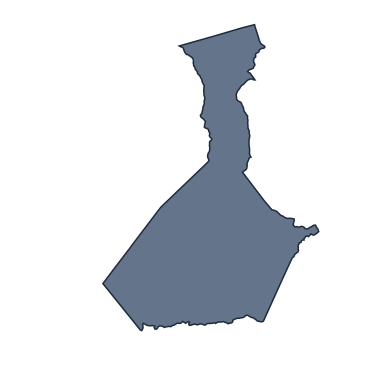 Colinas, Maranhão, Brazil (Albers equal-area conic projection), rotated 74°
{"feature_id": "56859067B48571840194208", "entity_name": "Colinas", "entity_type": "district", "adm_level": 2, "iso_a3": "BRA", "parent_name": "Brazil", "parent_adm1": "Maranhão", "projection": "albers", "projection_center": [-44.236, -6.084], "detail": "fine", "context": "isolated", "style": "filled", "palette": "slate", "viewbox_px": 384, "rotation_deg": 74, "n_neighbors": 0, "source": "geoboundaries", "source_scale": "gbopen_adm2", "svg_char_len": 4168}
<svg xmlns="http://www.w3.org/2000/svg" viewBox="0 0 384 384"><g transform="rotate(74 192 192)"><path d="M265.0,81.1L261.9,81.2L260.2,82.2L258.9,82.1L257.8,82.5L257.5,83.9L257.8,85.5L258.4,86.9L258.4,88.2L259.1,90.1L259.2,91.9L258.5,93.2L256.5,94.2L255.6,95.3L255.1,96.6L255.4,98.3L255.1,99.6L254.2,100.5L254.2,101.8L253.6,102.9L251.5,103.8L249.3,102.7L247.6,101.6L246.0,101.3L244.8,103.7L244.2,105.4L243.8,107.2L242.9,108.9L241.4,110.4L240.1,111.4L239.4,112.6L237.6,113.8L236.1,114.7L234.0,115.9L232.8,117.4L231.9,118.5L231.4,120.0L220.8,124.8L202.4,132.0L186.9,138.0L185.8,135.2L184.9,133.2L182.6,132.0L181.1,131.5L179.7,131.2L178.7,130.4L175.0,127.5L174.7,125.7L172.3,126.2L171.1,126.2L167.3,125.0L161.9,124.1L157.3,122.7L155.0,121.4L153.2,120.8L151.4,120.9L150.2,120.5L148.6,120.2L147.2,120.4L146.0,120.6L144.1,120.0L141.0,119.5L138.3,118.4L136.5,118.4L134.2,117.6L132.2,118.5L130.1,119.0L128.9,119.7L124.6,119.3L122.9,119.9L121.1,119.9L119.3,120.3L118.2,121.5L117.1,122.6L115.1,123.6L113.5,123.1L111.8,122.9L110.4,122.6L109.2,121.7L108.0,120.8L107.1,119.8L106.4,118.7L105.6,117.6L104.7,116.9L103.8,115.6L103.0,114.3L102.8,112.9L101.9,111.6L101.2,110.4L100.4,108.8L99.8,107.7L99.6,106.1L99.5,104.6L100.0,102.9L101.2,101.8L101.6,100.6L99.2,101.4L96.0,102.6L94.0,103.1L93.0,104.4L91.6,105.3L90.4,103.8L90.2,101.0L90.0,99.2L88.5,98.0L87.3,96.5L85.7,96.5L83.9,96.8L82.0,96.4L80.2,95.1L80.0,93.8L78.8,93.2L77.4,93.2L76.4,92.1L76.1,90.3L75.6,89.0L73.9,88.0L73.2,85.5L73.6,83.3L72.9,82.0L71.7,82.1L69.8,83.9L68.0,85.1L65.4,85.4L63.8,85.5L61.3,85.5L55.5,85.7L52.0,85.8L50.6,85.9L48.4,85.7L48.0,99.1L48.2,130.9L48.1,164.0L49.6,162.5L50.1,161.4L51.8,160.6L53.7,160.7L56.0,160.3L58.2,159.5L58.7,158.3L59.8,157.3L61.2,156.2L62.6,155.1L64.3,154.3L66.8,154.5L67.9,155.2L69.5,155.3L71.4,155.6L72.8,154.8L74.7,155.1L76.7,154.2L77.8,153.6L79.2,154.1L81.0,153.4L82.2,152.5L84.4,152.2L86.6,151.6L88.7,151.9L90.1,151.5L91.7,151.4L93.2,150.9L95.0,151.8L97.0,152.5L98.4,153.0L100.4,153.2L102.0,153.8L103.4,153.7L106.0,153.9L107.7,155.2L109.7,155.7L111.4,156.3L112.2,157.2L113.7,158.2L115.7,158.8L116.6,159.6L118.0,160.2L119.4,161.3L120.5,162.8L122.4,162.8L124.1,161.6L125.2,160.7L126.3,160.4L127.8,159.6L129.8,160.7L131.8,161.7L133.1,162.3L134.2,161.5L135.2,160.0L136.3,159.0L137.7,159.2L139.5,158.9L141.0,158.7L142.0,159.6L143.5,159.8L144.8,159.2L146.4,158.3L147.9,159.4L148.1,160.8L149.1,161.5L150.9,161.9L152.6,162.6L154.5,162.6L156.2,163.5L157.7,163.9L158.8,165.4L160.9,166.8L162.9,167.4L164.8,167.0L166.6,167.1L168.0,169.2L168.8,170.7L188.0,207.2L198.0,226.1L199.9,228.7L207.6,239.0L225.7,263.2L228.6,266.9L236.9,278.1L238.1,279.7L244.1,287.8L253.9,300.8L255.5,302.9L266.1,298.4L267.9,297.6L270.4,296.6L278.4,293.2L281.8,291.8L305.4,281.8L306.5,281.4L310.5,279.7L311.4,278.5L309.2,276.5L307.1,276.1L305.7,275.9L304.8,275.2L305.9,273.8L307.6,272.3L308.3,271.1L309.2,268.8L309.5,266.7L310.7,264.7L311.6,265.6L313.5,265.5L314.0,263.8L313.2,262.5L312.1,261.5L311.9,259.8L312.5,258.2L313.1,257.0L314.5,256.2L314.5,254.4L314.6,252.9L314.8,251.4L315.6,249.4L315.0,247.7L315.0,245.5L314.4,243.9L314.1,242.1L314.8,240.5L315.0,238.7L313.9,236.6L315.5,235.1L316.5,234.2L315.5,231.9L316.4,230.4L317.9,231.5L319.4,231.4L319.7,229.7L319.6,227.8L319.9,225.2L321.1,223.8L321.2,222.5L321.0,221.1L321.2,219.9L322.1,218.2L323.1,217.1L323.6,215.7L322.9,214.6L322.6,213.5L323.2,211.6L323.3,210.4L323.8,209.1L323.8,207.7L323.8,206.4L324.9,205.6L324.2,203.5L324.6,201.4L325.1,199.3L325.3,197.3L326.6,196.1L327.0,194.9L328.6,193.7L328.5,192.0L328.7,190.1L328.2,188.8L326.6,188.2L326.1,186.2L325.8,183.2L326.4,181.4L326.4,180.0L326.8,177.8L326.6,176.6L325.6,174.4L325.5,173.1L326.2,172.2L327.5,170.9L328.7,169.8L329.3,168.8L330.3,167.3L331.4,166.6L332.3,165.8L334.0,164.8L335.6,161.8L336.0,160.7L335.9,159.0L298.3,127.1L282.8,113.7L282.3,111.9L281.2,111.1L280.2,110.3L279.5,108.3L278.7,106.6L277.6,105.7L276.1,105.7L274.5,105.0L273.2,105.1L271.9,103.9L270.5,102.9L270.6,101.2L269.2,100.3L268.6,98.8L269.0,97.5L267.8,97.2L267.0,96.1L266.1,95.0L266.0,93.6L267.0,92.5L266.2,90.8L265.1,89.4L266.5,87.9L267.0,86.8L266.8,85.4L265.9,83.0L265.0,81.1Z" fill="#64748b" stroke="#1e293b" stroke-width="1.5"/></g></svg>